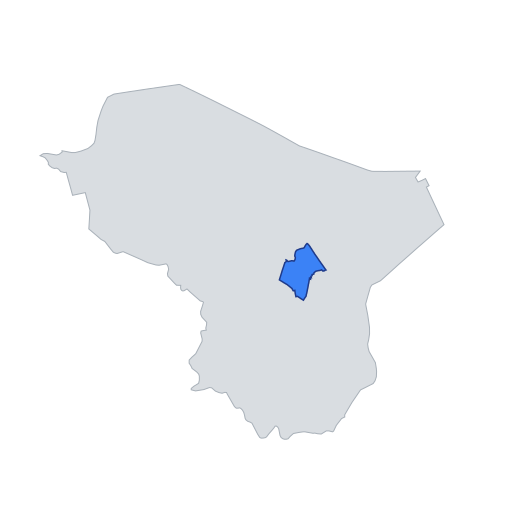 Heet, Al-Anbar, Iraq (highlighted), rotated 168°
{"feature_id": "34846034B36962706181157", "entity_name": "Heet", "entity_type": "district", "adm_level": 2, "iso_a3": "IRQ", "parent_name": "Iraq", "parent_adm1": "Al-Anbar", "projection": "albers", "projection_center": [42.654, 33.814], "detail": "fine", "context": "in_parent", "style": "filled", "palette": "blue", "viewbox_px": 512, "rotation_deg": 168, "n_neighbors": 0, "source": "geoboundaries", "source_scale": "gbopen_adm2", "svg_char_len": 4862}
<svg xmlns="http://www.w3.org/2000/svg" viewBox="0 0 512 512"><g transform="rotate(168 256 256)"><path d="M202.6,80.1L206.1,79.2L212.6,73.7L216.5,68.6L217.7,68.1L221.1,69.8L223.6,70.3L229.2,68.3L232.6,69.3L235.4,70.6L237.0,70.7L244.6,73.8L246.5,74.2L250.5,74.5L256.3,74.6L260.0,72.5L262.7,70.5L264.5,70.5L266.4,70.9L267.9,71.8L269.2,73.3L269.8,75.4L269.7,82.3L270.3,84.1L271.4,85.4L272.7,85.6L274.2,84.1L277.0,81.9L280.4,79.4L282.9,77.2L284.3,76.4L286.6,76.4L288.9,76.8L290.1,77.8L290.2,78.1L291.4,81.3L294.7,93.3L296.4,94.8L298.4,96.0L299.9,97.8L300.4,99.6L300.3,102.4L300.5,105.6L301.3,108.1L302.5,110.0L303.6,110.9L305.2,110.9L307.0,111.3L308.4,113.2L312.8,126.8L313.2,128.6L314.9,129.1L317.7,128.8L320.6,130.1L323.8,132.3L326.8,136.3L328.8,137.0L334.8,136.2L343.2,136.6L347.2,138.6L346.9,139.9L343.9,141.5L338.6,143.4L337.2,146.4L336.4,150.3L336.6,152.4L338.0,154.8L341.9,159.3L342.2,161.0L343.0,163.4L343.7,165.0L343.0,168.1L339.7,170.4L335.3,172.9L326.5,183.7L325.9,186.0L326.1,192.2L325.3,194.0L322.4,194.0L320.1,193.8L320.1,195.9L318.7,198.9L318.0,201.4L321.5,207.3L322.2,210.4L321.7,213.3L318.8,218.3L317.0,221.7L317.5,222.4L319.9,223.7L327.8,234.3L330.4,238.1L333.6,237.0L334.8,237.0L335.7,237.6L336.4,238.9L336.4,240.5L335.7,243.0L339.8,243.9L341.4,246.3L346.4,254.6L346.3,257.1L344.2,261.2L344.2,263.9L344.8,266.2L345.6,267.0L352.7,267.1L355.7,268.0L363.3,272.0L371.9,278.4L379.0,283.5L385.1,287.9L391.4,287.3L393.1,288.1L394.8,289.4L396.8,293.2L400.8,301.6L404.0,304.3L409.1,311.0L413.9,317.2L411.4,326.2L408.9,335.4L409.5,347.2L409.8,353.5L415.9,353.5L422.8,353.5L423.2,361.0L423.7,368.6L424.2,377.3L426.2,377.5L429.5,379.2L431.0,382.0L432.8,383.4L434.9,383.5L437.1,384.8L439.2,387.2L440.1,389.1L439.6,390.4L440.2,392.6L441.8,395.8L443.6,397.3L446.4,399.0L442.8,400.3L438.8,399.7L430.2,396.3L427.5,396.4L424.0,398.0L423.9,399.3L414.8,395.5L411.6,394.8L410.4,394.8L405.3,395.0L398.1,396.1L393.9,398.1L391.0,400.0L389.8,401.9L389.3,402.9L387.2,408.3L384.9,415.2L382.3,421.5L377.2,430.3L374.4,434.5L368.2,442.1L361.3,443.9L345.0,443.0L326.9,441.9L309.0,440.7L295.6,439.8L294.6,439.4L281.2,429.1L270.7,420.9L257.7,410.6L244.4,400.0L231.0,389.3L221.3,381.4L209.6,371.3L199.0,362.0L190.7,354.7L180.0,348.3L171.6,343.2L159.6,335.8L149.9,329.9L141.7,324.8L129.1,316.9L124.9,314.7L111.7,311.8L99.3,309.3L86.4,306.7L77.8,304.9L83.7,299.7L82.1,294.7L77.9,295.5L74.1,296.5L72.1,288.8L75.0,288.0L72.7,278.0L70.3,267.7L68.0,257.8L65.6,247.6L76.6,241.5L84.8,236.9L96.3,230.5L107.2,224.3L117.7,218.4L129.1,211.8L139.4,205.9L148.6,203.6L150.6,201.7L155.0,193.4L158.7,186.3L158.8,184.6L159.0,174.5L159.8,162.7L161.1,156.3L163.2,150.7L165.1,146.7L165.4,142.8L165.2,138.9L163.3,133.0L161.4,126.9L161.7,121.0L162.1,117.8L163.4,112.8L165.6,109.1L167.9,106.9L176.5,104.6L181.6,103.3L188.4,96.8L192.5,92.9L198.1,86.8L202.2,82.3L202.6,80.7L202.6,80.1Z" fill="#d9dde1" stroke="#a8b0b8" stroke-width="1"/><path d="M238.1,227.8L237.1,226.8L235.9,225.7L234.2,224.0L232.7,222.7L232.5,222.4L232.1,222.1L231.6,221.7L231.3,221.4L230.9,220.8L230.2,220.0L228.6,218.0L228.0,217.2L227.7,217.0L227.6,216.6L227.4,216.2L227.3,215.5L226.8,214.2L225.2,214.3L225.3,213.3L225.3,212.5L225.4,211.7L225.4,210.9L225.4,210.3L225.4,207.9L223.8,207.9L223.5,207.6L222.1,206.2L221.0,205.0L218.8,202.9L217.8,204.0L217.0,204.8L216.5,205.3L215.9,205.8L215.3,206.4L214.9,207.6L214.2,208.9L213.5,210.5L213.0,211.7L212.5,212.9L211.9,214.2L211.3,215.7L210.6,217.5L210.0,218.7L209.5,220.0L208.9,221.6L208.6,222.2L208.4,222.8L208.0,222.2L207.6,222.0L207.6,222.6L207.9,223.2L207.3,223.5L206.4,223.2L206.5,224.6L205.2,225.1L205.0,226.2L203.2,226.3L202.8,227.5L202.0,227.9L200.9,228.6L199.7,228.7L198.7,228.7L197.8,228.7L197.1,228.6L196.0,228.6L194.7,228.8L194.1,227.9L193.6,227.3L192.7,227.4L192.0,227.3L191.3,227.8L190.5,227.8L191.1,229.1L191.7,230.5L192.2,231.7L192.7,232.9L193.0,233.6L193.4,234.5L193.9,235.5L194.3,236.7L195.0,238.1L195.4,239.2L195.9,240.4L196.3,241.3L196.7,242.4L197.1,243.3L197.6,244.4L197.7,244.7L198.3,246.0L198.6,247.1L199.1,248.2L199.5,249.3L199.9,250.3L200.2,251.3L200.6,252.2L201.0,253.1L201.2,253.9L201.6,254.7L202.0,255.6L202.5,256.4L203.0,257.3L203.5,257.6L204.1,257.2L204.7,256.8L205.3,256.2L206.0,255.5L206.5,254.9L207.1,254.1L207.6,254.0L208.4,253.8L209.5,253.9L210.6,253.9L211.9,253.8L212.7,253.6L213.9,253.4L214.6,253.3L215.2,253.1L215.8,252.5L216.2,252.2L216.5,251.8L217.0,250.8L217.4,249.9L217.8,248.9L218.1,247.9L218.0,247.3L217.8,246.5L218.0,245.8L218.3,245.1L218.6,244.3L219.1,243.9L219.9,243.1L220.7,243.5L221.6,243.8L222.3,244.0L223.2,243.9L224.0,243.9L224.8,243.9L225.6,243.9L226.1,244.1L226.3,244.5L226.6,245.2L226.9,245.6L227.4,245.9L227.4,245.1L227.4,244.5L227.8,244.2L228.5,243.8L229.2,243.5L229.4,243.0L229.8,242.4L230.4,241.4L231.0,240.3L231.9,238.8L232.7,237.4L233.5,236.1L234.3,234.6L238.1,227.8Z" fill="#3b82f6" stroke="#1e3a8a" stroke-width="1.5"/></g></svg>